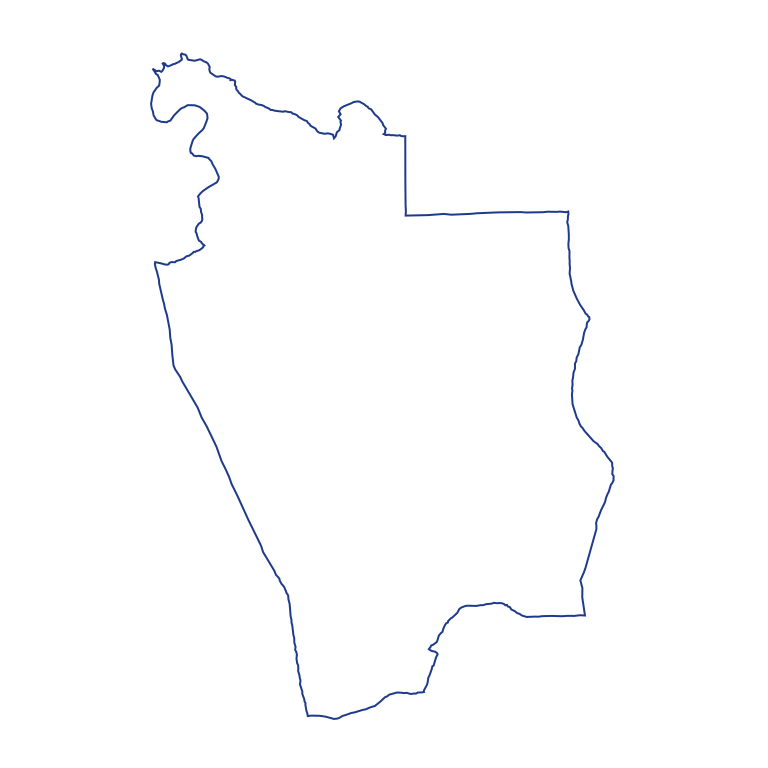 outline of Bounkiling, Sédhiou, Senegal, rotated 89°
{"feature_id": "50182788B68388966372963", "entity_name": "Bounkiling", "entity_type": "district", "adm_level": 2, "iso_a3": "SEN", "parent_name": "Senegal", "parent_adm1": "Sédhiou", "projection": "albers", "projection_center": [-15.653, 13.139], "detail": "fine", "context": "isolated", "style": "outline", "palette": "blue", "viewbox_px": 768, "rotation_deg": 89, "n_neighbors": 0, "source": "geoboundaries", "source_scale": "gbopen_adm2", "svg_char_len": 6098}
<svg xmlns="http://www.w3.org/2000/svg" viewBox="0 0 768 768"><g transform="rotate(89 384 384)"><path d="M64.7,609.9L67.9,607.7L69.9,606.7L71.2,604.8L75.7,602.9L78.2,603.0L81.7,603.6L83.9,606.1L88.5,609.4L91.6,610.5L99.8,612.0L104.4,611.4L107.4,610.3L111.3,609.7L115.0,607.7L116.2,606.8L118.0,601.8L118.5,596.5L117.6,595.2L116.9,593.0L111.6,589.1L105.7,583.0L104.6,581.3L103.8,579.0L101.8,575.5L102.0,568.4L103.8,563.4L107.4,559.0L110.6,556.2L115.2,555.8L119.4,557.3L125.0,559.7L126.9,561.2L130.4,565.2L135.7,570.1L137.6,571.1L145.2,573.6L148.4,573.5L148.9,573.1L149.6,573.1L150.2,571.7L152.2,570.3L153.0,567.9L152.6,565.9L153.1,561.8L154.9,555.5L155.6,555.2L158.2,552.8L161.4,551.5L165.9,548.9L173.9,545.6L175.9,545.7L179.4,547.5L184.1,556.0L187.9,561.7L190.4,564.4L193.2,566.7L195.0,566.1L203.7,565.4L205.5,564.2L208.8,563.9L211.8,562.9L214.5,563.0L215.9,562.7L217.8,563.2L219.5,564.6L220.4,566.3L223.4,568.5L225.0,569.2L228.5,569.7L229.8,568.9L233.1,568.1L237.3,566.6L238.7,564.4L240.1,563.7L242.3,561.2L243.1,562.3L243.9,562.3L245.2,563.7L247.1,566.5L247.8,569.2L248.6,570.3L248.6,572.0L249.7,573.0L252.2,576.4L253.0,579.6L254.6,581.3L255.2,582.3L256.2,584.8L257.4,589.6L258.6,590.8L258.4,594.5L259.1,596.4L260.5,597.2L260.9,598.3L260.7,600.8L259.3,605.5L258.2,610.7L260.0,611.0L264.2,610.2L267.6,609.1L275.9,607.2L279.9,607.0L296.5,603.5L299.5,602.6L304.8,601.7L311.4,599.8L326.0,597.3L333.9,596.9L341.0,595.7L351.8,595.1L361.8,594.1L365.8,592.5L373.3,587.7L378.2,585.5L404.4,570.7L414.4,566.9L423.1,562.1L443.8,552.6L458.2,547.8L467.0,543.6L474.5,540.4L481.4,538.1L493.0,532.6L517.7,521.9L541.3,510.8L544.3,509.5L549.8,507.9L569.2,496.7L572.7,495.5L576.7,492.0L578.3,491.8L579.8,491.1L581.8,490.1L584.6,487.8L586.0,487.0L588.4,486.2L589.4,485.6L590.9,485.3L593.0,483.9L594.5,483.4L597.2,483.4L602.2,482.2L614.8,481.4L617.8,480.7L621.2,480.6L623.9,479.9L633.2,479.0L636.4,478.2L640.9,478.2L645.4,477.0L648.3,477.5L650.1,476.5L653.1,475.8L657.2,476.3L661.7,475.7L663.6,474.8L667.3,474.6L669.1,474.9L674.0,473.6L676.6,473.3L678.4,472.8L680.5,472.8L682.6,473.3L690.3,471.0L692.4,471.1L697.9,469.2L700.1,469.0L701.5,468.1L703.4,468.2L709.2,467.3L711.7,466.5L714.7,466.0L714.3,462.9L714.6,454.1L715.6,448.1L718.0,439.9L717.7,436.3L716.6,433.6L715.3,431.7L714.0,427.2L712.3,422.3L711.9,419.4L709.4,410.7L709.0,408.1L706.9,403.0L705.8,398.8L701.8,393.6L697.3,388.6L696.3,386.2L694.7,384.2L692.7,376.4L693.0,371.7L693.4,369.8L693.2,366.3L693.9,364.6L694.4,362.2L694.0,359.6L694.1,357.4L693.1,355.7L693.0,351.3L692.6,349.4L692.0,349.6L690.8,349.3L686.1,346.6L683.8,345.7L678.5,344.8L675.7,343.4L669.7,341.2L667.1,340.6L666.4,339.3L658.4,336.8L655.2,335.1L653.8,335.8L652.6,337.5L651.7,341.2L649.9,343.8L647.8,342.1L646.4,341.5L645.4,339.1L642.9,335.8L641.2,335.0L636.6,333.6L634.2,331.6L632.9,329.9L629.6,328.9L626.0,327.2L624.2,325.8L623.6,324.3L622.3,324.1L619.7,321.6L618.6,319.7L614.1,314.7L610.4,312.7L608.9,310.7L607.5,306.9L607.1,305.0L607.5,295.6L606.8,291.1L606.9,289.1L605.9,285.5L605.5,280.3L604.7,277.8L605.2,274.6L605.0,272.9L605.2,270.1L606.0,268.0L607.3,266.6L607.0,265.0L608.5,264.2L609.3,262.0L611.6,260.7L613.5,257.0L615.4,254.9L616.1,252.7L618.0,249.9L619.4,245.3L619.2,236.1L619.4,234.0L618.9,230.1L618.8,220.0L619.3,210.3L619.0,204.3L619.2,198.0L618.6,192.0L619.0,187.1L600.7,189.5L591.5,189.2L583.8,191.1L575.8,187.4L571.2,185.7L532.9,174.2L529.3,174.1L527.1,174.4L523.0,173.3L520.6,171.8L514.0,169.2L506.6,165.4L504.0,164.5L502.2,164.2L497.5,162.2L495.8,161.2L488.7,158.9L487.0,157.5L484.2,156.1L482.6,156.2L480.7,156.0L479.6,156.2L478.2,157.3L474.9,157.1L472.0,156.6L470.5,157.2L466.6,157.3L460.6,162.0L455.6,165.0L454.8,166.3L451.8,168.0L449.9,170.0L447.7,171.6L444.8,175.5L434.5,184.3L431.4,186.3L429.6,188.0L427.0,189.3L423.9,190.2L420.9,191.9L407.5,195.8L397.8,196.3L393.9,195.7L391.9,196.1L388.3,195.5L383.7,195.6L381.5,195.0L375.9,194.3L372.1,192.8L366.9,192.7L364.6,191.4L361.0,190.9L357.5,189.1L350.7,187.6L348.3,186.0L343.3,184.4L336.2,183.0L333.0,181.8L330.9,180.5L326.7,180.0L325.6,179.5L324.7,178.4L322.9,177.4L320.6,177.7L320.1,178.6L318.3,179.6L317.1,181.2L313.5,183.1L308.5,186.4L302.1,189.7L294.0,193.1L287.0,194.8L284.6,195.0L276.8,196.5L271.3,196.0L267.3,196.3L263.1,196.2L261.5,196.4L254.5,196.2L251.3,197.1L247.0,197.2L243.1,196.7L237.8,196.6L229.3,197.0L225.3,198.0L223.2,197.4L219.2,197.1L217.4,196.6L214.8,196.8L215.4,198.9L214.7,205.0L214.9,208.0L214.6,217.6L215.0,221.8L215.0,238.8L214.5,244.3L214.4,267.4L214.9,288.0L215.4,294.3L215.9,313.7L215.0,321.2L215.9,336.8L216.0,359.4L211.3,359.1L204.7,359.3L180.7,359.1L136.6,358.4L136.6,361.4L136.1,363.2L135.5,363.8L135.9,366.2L135.3,371.3L135.4,372.7L134.9,374.4L135.1,377.9L134.1,379.9L133.0,378.4L130.7,378.5L128.8,377.6L125.0,380.4L123.2,380.8L117.1,385.3L114.4,388.4L109.2,392.0L108.1,394.5L106.5,395.5L105.8,396.9L103.9,399.0L101.2,403.7L101.0,405.5L101.4,408.3L101.7,409.8L102.6,411.4L105.7,419.5L107.7,422.7L110.6,424.3L113.6,422.7L116.2,425.1L119.9,422.4L120.9,423.0L124.1,422.4L127.8,423.8L129.2,424.0L131.5,426.7L135.5,428.0L137.5,429.7L134.0,430.6L133.3,432.1L132.4,435.6L132.8,439.0L131.6,444.4L130.2,446.3L127.4,448.0L124.6,452.9L123.0,453.8L121.6,455.4L119.7,456.6L118.8,459.1L115.4,464.9L114.0,465.9L112.9,467.8L112.0,470.3L112.1,470.5L110.5,472.4L110.5,474.1L109.5,478.3L110.0,479.9L109.3,485.5L108.8,488.6L108.0,491.1L108.0,492.6L106.6,494.1L105.1,497.6L103.8,499.5L102.9,501.7L102.4,504.7L101.4,507.2L100.8,507.5L98.2,511.6L93.8,520.6L91.3,522.8L90.6,523.8L88.6,525.0L87.2,526.3L85.6,526.7L84.6,526.5L82.5,527.9L79.0,527.5L78.0,528.1L77.2,530.6L77.5,532.2L76.5,532.1L75.9,532.7L75.1,535.4L73.7,538.5L73.3,541.4L73.9,545.2L73.3,547.2L69.7,552.2L68.3,552.8L66.0,553.2L64.1,552.7L60.8,554.3L59.3,555.9L58.1,558.8L56.7,560.7L56.1,562.2L57.5,567.5L56.4,574.0L56.0,574.5L52.1,576.0L51.2,577.0L50.9,578.9L50.0,580.3L50.5,581.0L51.9,581.4L55.6,580.4L56.2,580.5L58.4,583.5L60.2,587.5L60.6,589.3L62.1,592.6L62.7,594.5L61.2,596.6L59.9,597.3L59.2,598.8L59.7,599.7L62.2,598.3L64.1,598.4L67.1,600.2L68.0,601.2L66.8,603.5L67.3,605.9L64.7,609.9Z" fill="none" stroke="#1e3a8a" stroke-width="2"/></g></svg>